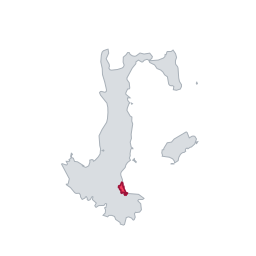 Genova highlighted on a map of Italy, rotated 232°
{"feature_id": "ITA-5367", "entity_name": "Genova", "entity_type": "Province", "adm_level": 1, "iso_a3": "ITA", "parent_name": "Italy", "parent_adm1": "", "projection": "natural_earth1", "projection_center": [9.041, 44.45], "detail": "fine", "context": "in_parent", "style": "filled", "palette": "rose", "viewbox_px": 256, "rotation_deg": 232, "n_neighbors": 0, "source": "natural_earth", "source_scale": "10m", "svg_char_len": 5030}
<svg xmlns="http://www.w3.org/2000/svg" viewBox="0 0 256 256"><g transform="rotate(232 128 128)"><path d="M57.0,62.8L58.4,63.6L63.5,62.0L66.6,62.9L69.2,61.4L70.9,59.1L70.5,57.3L74.6,54.6L75.0,57.7L77.3,59.9L79.5,60.4L79.0,61.7L81.2,64.4L82.1,64.1L82.4,63.6L81.8,61.4L84.9,57.1L85.1,54.1L85.6,53.8L87.2,54.0L88.4,56.8L93.5,55.9L95.3,58.0L96.1,57.6L94.8,54.0L95.4,52.1L96.7,51.8L97.7,52.7L99.7,52.9L99.8,51.8L99.3,51.1L99.9,47.9L102.9,48.2L104.6,49.3L106.7,49.3L108.4,46.8L109.8,46.2L116.4,46.0L121.3,44.5L121.7,44.8L120.8,46.0L121.1,46.8L124.1,50.5L140.5,53.4L140.3,54.3L136.8,56.6L136.6,57.5L137.1,58.3L139.8,58.8L138.0,61.0L138.0,61.9L139.4,62.0L139.3,64.6L141.0,65.4L143.0,67.8L141.1,68.2L141.8,67.6L139.8,65.3L137.8,66.3L134.6,65.3L132.4,67.4L124.9,70.1L126.2,68.9L125.6,68.9L122.9,70.5L122.4,73.7L124.5,76.9L126.2,78.1L125.4,80.0L124.5,80.8L123.1,80.3L122.8,82.0L123.5,86.7L124.7,90.0L128.5,93.6L131.3,94.8L139.7,100.4L142.8,106.7L145.6,114.6L147.9,117.5L152.5,121.7L156.7,124.8L160.6,126.7L170.8,126.6L173.4,127.3L173.7,128.6L173.3,129.5L170.3,131.8L170.2,133.5L171.6,134.7L178.6,138.0L185.8,140.8L190.7,144.3L196.9,147.3L201.9,151.9L203.7,154.3L204.0,156.2L203.0,159.4L202.4,160.8L198.9,158.9L196.0,153.4L189.9,152.4L188.1,151.4L187.0,149.8L185.1,149.6L183.8,150.5L180.6,155.7L178.9,160.2L178.9,162.0L179.9,163.7L182.9,164.7L186.7,167.9L186.9,171.8L187.7,174.1L186.7,175.4L184.8,175.0L182.3,175.8L180.5,177.3L179.8,178.7L179.7,183.6L176.4,186.2L173.6,191.2L169.3,191.2L168.2,189.7L168.1,187.4L168.8,186.0L170.4,185.3L171.4,182.4L171.0,180.3L171.6,179.4L175.1,178.0L175.2,175.0L173.8,173.7L172.6,168.3L168.1,158.0L166.7,157.0L162.9,156.8L158.4,154.0L158.1,152.9L158.9,151.8L158.3,150.3L156.9,147.7L155.9,147.1L150.5,148.2L152.0,146.1L150.0,144.8L146.6,144.8L146.6,143.8L144.1,139.7L142.5,138.0L136.2,137.1L134.2,137.8L131.1,135.2L128.3,134.2L121.1,126.6L117.7,124.3L115.5,121.0L111.1,118.8L109.1,119.4L108.6,119.0L109.7,118.3L109.4,117.0L106.5,113.8L104.8,112.7L103.5,110.6L101.1,110.1L101.1,106.3L100.2,103.6L98.6,101.4L97.6,95.9L96.8,94.4L95.1,93.2L91.0,91.9L85.5,88.5L78.8,86.8L76.1,88.0L69.2,95.5L62.7,97.3L62.6,95.7L65.1,92.2L64.6,90.9L60.5,91.4L55.3,88.2L54.6,85.4L56.1,82.7L57.0,82.1L56.5,80.3L53.3,78.8L52.0,76.5L52.0,75.7L52.8,75.3L54.7,75.4L57.6,73.8L58.5,71.5L54.1,65.8L54.3,64.6L57.0,62.8ZM125.9,95.1L126.1,93.7L124.8,94.6L125.2,95.3L125.9,95.1ZM168.0,185.9L162.9,193.7L161.3,199.0L161.5,201.0L163.1,202.5L162.3,203.1L164.0,205.6L164.0,206.2L161.7,209.1L161.7,211.5L157.3,211.2L153.7,209.7L151.9,206.9L150.4,205.7L148.9,204.8L145.8,204.8L144.4,204.3L136.1,198.7L132.9,197.2L129.2,196.8L127.7,195.6L126.5,193.2L127.9,189.4L130.3,187.3L132.5,189.7L134.4,188.9L134.5,188.1L135.8,187.2L137.5,187.1L144.1,190.6L147.4,189.6L150.5,190.0L153.4,189.5L157.0,187.5L161.3,187.8L166.2,185.5L168.0,185.9ZM89.9,143.7L92.2,149.8L90.1,153.6L90.9,157.6L89.1,171.4L88.1,171.8L82.5,170.2L82.1,173.4L81.4,174.6L80.3,175.5L77.2,175.2L74.3,170.7L74.0,166.3L74.6,165.0L74.7,162.4L75.9,162.2L76.0,160.5L75.3,159.5L74.2,159.2L74.2,157.3L75.0,155.8L75.0,153.2L73.5,149.8L71.4,147.4L71.8,143.2L73.6,144.2L76.3,144.2L79.5,142.6L84.7,137.6L85.4,138.5L87.6,139.3L89.7,141.5L88.9,142.8L89.9,143.7ZM99.6,111.9L100.0,112.8L99.9,114.2L98.8,113.4L96.2,113.7L95.9,113.0L99.1,112.4L99.6,111.9ZM75.0,173.0L74.3,174.6L73.5,172.5L73.6,172.2L75.0,173.0ZM73.4,140.1L72.2,141.8L71.6,141.8L73.1,139.8L73.4,140.1ZM121.7,210.4L120.2,210.0L120.2,209.2L121.3,209.4L121.7,210.4ZM145.6,146.0L144.4,146.5L144.4,145.6L145.6,146.0Z" fill="#d9dde1" stroke="#a8b0b8" stroke-width="1"/><path d="M88.3,90.1L88.1,90.0L88.0,89.9L87.9,89.7L87.5,89.8L87.3,89.7L87.2,89.6L86.5,89.2L86.4,88.8L85.1,88.2L84.7,87.9L84.6,88.1L84.5,88.4L84.5,88.7L83.9,88.5L83.7,88.3L83.7,88.1L83.4,87.7L83.1,87.6L81.8,87.4L81.2,87.2L80.8,87.0L80.7,87.0L80.1,87.0L79.8,86.9L79.6,86.7L78.8,86.6L78.5,86.7L78.3,86.8L78.0,87.1L77.8,87.2L77.7,87.2L77.4,87.2L77.1,87.5L77.0,87.4L76.8,87.2L76.7,87.0L76.6,86.8L77.5,86.4L77.4,85.7L77.1,85.7L76.7,85.7L76.3,85.3L76.5,85.2L76.7,84.9L76.8,84.8L76.8,84.7L76.7,84.7L76.8,84.4L76.8,84.2L77.0,84.1L78.2,84.2L78.3,84.3L78.4,84.5L78.5,84.6L78.7,84.9L78.7,85.0L78.8,85.1L78.8,85.4L78.8,85.5L79.0,85.5L79.1,85.4L79.2,85.2L79.4,85.1L79.5,85.0L79.5,84.9L79.6,84.7L79.8,84.6L80.2,84.6L80.4,84.6L80.5,84.6L80.7,84.4L80.7,84.2L80.6,83.9L80.6,83.7L80.4,83.6L80.2,83.5L80.2,83.4L80.3,83.3L80.5,83.2L80.7,82.9L80.7,82.7L80.8,82.7L81.1,82.6L81.3,82.6L81.4,82.8L81.5,82.9L81.8,83.0L82.0,83.1L82.1,83.3L82.3,83.5L82.9,83.7L83.1,83.7L83.1,83.8L83.2,84.0L83.3,84.1L83.5,84.2L83.7,84.3L83.8,84.3L83.9,84.2L84.1,84.2L84.3,84.0L84.4,83.7L84.5,83.7L84.8,83.7L84.9,83.8L85.0,83.9L85.4,83.8L85.5,83.8L86.1,84.2L86.4,84.3L86.6,84.3L86.7,84.2L86.8,84.2L87.0,84.0L87.2,84.3L87.3,84.3L87.9,84.6L88.0,84.7L88.1,85.1L88.0,85.4L88.0,85.5L87.9,85.6L87.8,85.8L87.7,85.9L87.5,86.0L87.4,86.5L87.3,86.8L87.4,87.0L87.5,87.0L87.8,87.0L87.9,87.5L88.1,87.7L88.3,87.9L88.2,88.3L88.9,89.0L89.0,89.5L88.7,89.4L88.5,89.6L88.4,89.9L88.3,90.1Z" fill="#f43f5e" stroke="#9f1239" stroke-width="1.5"/></g></svg>